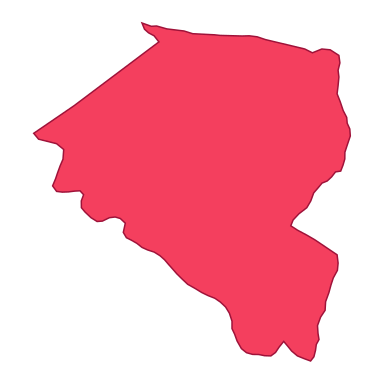 Buriti do Tocantins, Tocantins, Brazil
{"feature_id": "56859067B91064874874121", "entity_name": "Buriti do Tocantins", "entity_type": "district", "adm_level": 2, "iso_a3": "BRA", "parent_name": "Brazil", "parent_adm1": "Tocantins", "projection": "natural_earth1", "projection_center": [-48.13, -5.348], "detail": "fine", "context": "isolated", "style": "filled", "palette": "rose", "viewbox_px": 384, "rotation_deg": 0, "n_neighbors": 0, "source": "geoboundaries", "source_scale": "gbopen_adm2", "svg_char_len": 1669}
<svg xmlns="http://www.w3.org/2000/svg" viewBox="0 0 384 384"><path d="M310.6,361.0L313.9,356.8L315.5,350.4L316.3,344.5L319.0,339.5L318.0,333.3L317.5,325.6L320.6,317.1L325.1,310.3L325.6,301.7L328.9,292.6L331.0,284.9L333.3,277.9L337.4,270.4L338.1,263.1L337.1,254.8L314.7,239.7L307.3,235.4L297.4,230.1L290.8,225.8L293.1,220.0L298.9,213.8L306.8,207.7L310.8,200.9L313.7,192.9L318.3,187.6L322.0,183.1L327.2,181.0L331.6,176.9L335.5,171.9L340.7,171.1L343.0,165.2L344.8,159.0L344.9,152.2L347.5,144.3L350.3,136.0L349.8,129.0L347.2,123.2L346.7,117.4L343.2,110.6L340.2,101.7L337.1,93.8L338.1,85.5L338.9,77.0L338.1,70.3L339.9,62.9L338.9,55.4L330.2,49.8L321.8,49.0L312.4,52.8L304.8,49.0L265.5,39.6L257.2,36.8L249.3,35.8L242.1,36.0L220.0,35.4L214.5,34.8L192.7,33.7L184.1,31.0L166.9,28.9L156.6,26.0L151.3,26.3L142.0,23.0L144.5,29.2L148.5,32.8L154.1,35.8L158.9,41.9L73.8,105.9L33.7,133.3L38.6,139.2L56.6,143.7L63.7,149.5L63.0,159.2L60.2,165.7L57.7,172.5L55.6,178.7L52.6,185.9L56.6,191.4L62.3,192.1L68.3,191.9L74.7,191.1L80.0,190.8L83.6,194.7L81.3,200.9L81.4,207.7L85.0,212.0L91.0,217.7L97.1,221.5L102.4,221.1L109.4,217.7L115.2,217.0L120.3,218.5L125.3,223.2L123.3,232.4L126.4,237.7L131.2,240.1L136.8,243.3L142.0,247.4L147.5,249.9L154.2,252.1L160.0,255.7L164.6,259.8L168.7,264.6L172.9,269.3L176.8,273.8L182.4,279.3L187.7,284.3L194.5,288.1L201.7,292.5L208.1,295.6L214.7,298.2L220.3,302.0L225.6,307.0L229.4,313.2L232.0,321.2L232.0,328.6L234.6,334.1L237.1,341.0L241.4,348.6L246.5,352.7L252.6,354.4L258.7,354.5L264.6,355.7L270.9,355.9L275.5,352.5L279.1,347.1L283.7,341.4L288.0,346.5L291.6,351.0L297.4,355.9L304.3,358.7L310.6,361.0Z" fill="#f43f5e" stroke="#9f1239" stroke-width="1.5"/></svg>